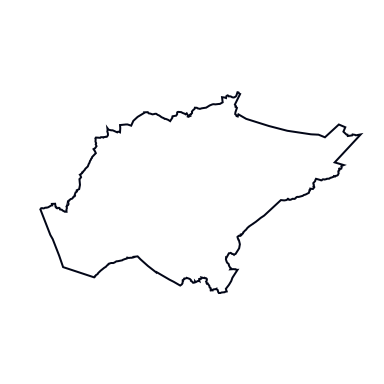 outline of Mazapil, Zacatecas, Mexico, rotated 113°
{"feature_id": "50627088B29003489227366", "entity_name": "Mazapil", "entity_type": "district", "adm_level": 2, "iso_a3": "MEX", "parent_name": "Mexico", "parent_adm1": "Zacatecas", "projection": "natural_earth1", "projection_center": [-101.902, 24.38], "detail": "fine", "context": "isolated", "style": "outline", "palette": "ink", "viewbox_px": 384, "rotation_deg": 113, "n_neighbors": 0, "source": "geoboundaries", "source_scale": "gbopen_adm2", "svg_char_len": 6000}
<svg xmlns="http://www.w3.org/2000/svg" viewBox="0 0 384 384"><g transform="rotate(113 192 192)"><path d="M245.9,119.7L246.3,120.5L246.5,120.5L246.1,120.9L246.1,121.9L246.4,122.2L246.5,122.9L246.8,123.7L248.2,126.5L247.0,126.3L246.7,127.4L245.2,129.3L244.3,129.8L243.8,130.4L243.5,131.7L242.7,132.8L240.7,134.5L239.1,135.0L239.2,134.6L234.0,134.1L233.6,133.3L232.9,132.6L233.1,131.4L233.4,130.8L233.1,129.8L233.4,128.8L233.0,128.7L232.0,127.7L225.4,126.6L221.4,127.5L218.0,130.0L217.8,130.8L217.2,131.1L216.2,132.2L215.4,132.6L213.9,131.7L213.6,131.1L213.7,130.6L213.2,130.2L212.8,130.4L212.5,129.9L211.9,130.4L210.9,129.2L209.9,128.9L209.2,129.1L208.2,128.6L207.1,128.3L205.8,127.6L202.9,126.8L202.3,126.3L201.7,126.2L194.5,121.6L188.9,118.6L185.6,116.4L164.7,107.0L163.7,103.8L162.7,102.2L161.6,101.2L161.3,101.2L161.3,100.7L160.8,100.7L161.1,99.1L160.5,98.1L158.9,96.7L158.4,95.1L157.7,94.4L157.3,94.2L156.9,94.3L155.7,93.6L155.1,92.7L154.9,91.9L152.3,88.6L151.1,87.9L150.0,86.5L147.1,84.1L145.7,84.3L144.7,84.1L144.6,84.5L144.0,84.6L143.4,84.1L142.7,84.4L142.0,81.9L140.6,81.5L139.8,82.1L139.6,81.5L139.2,81.7L138.8,82.2L137.4,82.9L137.2,83.4L136.4,83.8L133.8,82.9L132.9,83.1L131.4,83.0L130.8,78.6L130.9,78.3L130.6,77.2L129.4,76.7L128.9,75.8L128.7,74.8L127.5,73.2L127.1,73.0L126.1,70.9L124.8,70.1L124.2,69.2L122.7,67.8L122.8,67.8L122.7,67.6L121.9,67.6L121.8,66.3L121.1,66.0L120.2,64.9L119.5,64.4L117.5,64.3L116.3,65.2L115.5,65.4L114.7,64.8L113.1,65.7L112.9,65.6L113.1,65.0L112.7,64.2L112.1,63.7L111.5,63.9L111.0,63.8L110.0,64.6L109.5,64.4L107.9,62.8L109.0,72.2L73.1,59.2L75.8,63.3L75.7,64.2L76.3,66.7L77.3,66.7L79.6,70.5L78.5,71.3L78.8,72.2L77.3,76.2L72.5,76.2L72.5,83.2L89.7,91.0L89.8,97.9L92.4,105.0L98.4,128.2L101.2,147.0L103.5,170.7L102.4,179.6L103.6,179.6L104.6,179.4L104.7,180.5L104.3,180.6L103.4,182.7L101.5,183.2L97.0,183.5L96.6,185.2L95.9,185.0L94.8,186.7L83.0,186.0L82.9,187.1L82.2,188.1L82.4,189.1L86.2,188.8L87.1,189.1L88.5,190.2L88.8,190.8L89.1,192.0L88.9,193.3L89.0,194.1L89.2,194.8L89.6,195.4L89.1,196.6L89.2,197.1L90.3,197.8L92.2,197.4L92.3,199.0L93.0,201.4L97.5,198.8L100.1,200.8L100.2,201.2L102.2,204.7L102.7,206.4L103.4,207.5L105.4,209.5L108.8,211.9L111.2,215.8L112.4,217.2L112.6,218.6L112.8,219.0L112.6,220.5L113.3,222.3L114.2,222.1L114.9,222.3L116.5,223.1L118.0,223.5L119.2,222.8L119.7,222.9L120.7,223.4L120.9,223.3L121.0,223.7L123.0,224.7L123.1,223.7L124.2,224.7L124.2,225.4L123.0,225.4L122.8,226.2L121.7,227.6L123.0,228.3L122.8,229.1L122.9,231.6L122.7,233.1L123.6,235.9L124.1,236.6L124.7,236.7L126.2,236.1L127.9,236.4L129.9,239.5L130.9,239.4L131.3,239.1L135.3,239.8L134.9,242.2L135.0,244.9L135.4,245.8L135.0,247.0L135.1,248.1L135.0,249.4L134.4,251.9L134.4,253.8L134.0,255.4L134.4,256.5L135.2,257.5L136.0,258.8L136.1,260.8L136.5,262.7L135.8,263.9L137.3,267.0L137.6,266.7L144.1,271.4L149.4,273.8L154.7,273.9L155.0,277.6L155.6,279.1L158.5,284.4L161.2,283.0L165.2,281.6L165.2,283.2L165.8,284.1L166.3,284.2L166.2,288.6L166.4,289.8L166.8,290.4L167.1,292.4L167.2,293.2L166.2,294.9L167.9,293.9L169.4,293.6L170.8,292.4L172.4,291.6L174.1,291.8L174.8,292.5L174.9,293.1L175.2,293.3L175.6,294.1L176.2,294.6L176.2,294.9L176.5,294.9L176.7,296.3L177.3,297.4L178.0,297.7L179.4,301.7L180.4,301.9L180.9,301.4L183.4,300.5L184.5,299.3L185.7,299.3L187.1,297.8L189.5,298.3L191.0,299.4L192.3,297.4L193.8,295.7L198.8,297.6L199.8,297.4L200.7,297.8L201.9,297.7L203.2,298.0L205.1,297.8L206.4,298.0L209.2,297.9L212.4,299.3L213.3,299.3L215.5,300.1L216.3,300.2L216.8,300.4L216.8,300.7L217.4,300.8L217.7,300.6L219.9,301.9L220.1,301.4L221.7,299.9L224.0,300.4L224.2,300.6L229.2,297.9L233.4,297.0L234.3,297.7L235.3,298.7L235.5,298.8L235.8,298.5L235.9,298.2L236.2,298.1L237.0,298.3L237.8,299.0L240.7,298.8L241.1,298.4L241.3,298.5L241.3,298.3L241.8,298.3L243.0,299.3L244.4,299.5L245.1,299.9L246.0,301.0L246.8,301.3L247.5,301.8L248.0,301.7L248.6,302.0L248.9,302.5L249.6,302.4L250.3,301.8L250.5,301.9L250.5,301.4L251.3,301.0L251.9,300.9L252.7,301.1L253.3,301.5L254.1,301.6L253.9,301.8L254.6,301.8L254.9,301.3L255.9,300.8L257.2,300.7L259.2,299.8L259.6,301.5L259.8,301.5L259.6,303.9L259.2,304.9L259.6,306.7L258.6,307.6L258.5,308.1L258.7,308.6L259.5,309.4L259.7,309.9L259.7,310.4L259.1,311.5L258.8,311.3L258.4,312.1L256.3,313.4L257.7,316.3L258.9,315.5L259.1,316.0L259.4,316.3L262.1,318.3L262.7,318.9L263.4,320.2L263.5,320.2L263.9,321.1L264.8,321.8L265.3,322.7L265.4,323.7L265.9,324.5L266.8,324.6L267.2,324.8L286.9,305.6L289.8,301.8L302.5,289.4L311.5,281.3L308.8,248.7L308.1,248.3L307.5,248.5L307.1,248.1L306.2,248.0L304.4,246.8L303.3,246.7L300.2,245.4L296.1,243.2L294.4,242.0L293.0,241.6L291.4,240.7L291.2,240.8L290.9,240.5L290.5,240.5L288.9,238.6L288.2,236.8L287.0,235.6L286.1,235.1L285.3,234.4L284.6,233.1L282.1,229.5L281.4,229.1L279.8,227.4L279.4,226.8L279.0,226.5L278.7,226.0L277.7,226.0L277.5,224.6L276.4,222.6L276.2,222.0L275.1,220.4L274.2,219.4L274.1,219.7L272.5,216.9L274.1,213.1L277.3,203.7L280.1,193.2L279.6,193.2L281.5,178.3L281.8,173.8L282.7,166.5L282.7,166.3L281.2,165.4L280.5,165.2L279.7,165.1L278.4,165.5L277.7,165.4L277.3,165.9L276.8,166.1L275.6,165.2L275.3,165.1L275.3,165.3L274.8,165.4L274.5,165.1L274.2,164.3L273.5,163.5L273.1,163.4L272.9,160.1L273.4,158.7L274.2,158.3L274.5,156.9L274.4,156.6L275.1,155.7L274.9,155.0L273.9,153.8L273.1,154.2L273.3,153.8L273.1,153.0L271.8,152.0L271.6,151.5L271.1,151.3L271.0,151.0L271.1,150.4L270.6,150.8L270.0,150.8L269.3,151.4L268.9,151.0L268.8,150.3L268.3,149.7L267.7,149.4L267.0,150.0L266.6,147.7L266.3,147.0L266.3,146.6L266.1,146.6L266.2,146.1L266.0,145.9L265.9,145.2L266.1,144.6L266.7,144.1L268.2,143.8L269.0,144.0L269.3,143.5L270.1,143.0L270.0,142.2L270.6,142.1L270.4,141.4L271.5,139.5L273.0,138.4L273.2,137.3L274.1,136.6L274.9,136.6L275.3,136.3L274.6,135.1L274.5,134.6L273.9,134.7L273.0,133.8L272.5,132.7L271.6,131.8L271.9,131.7L272.1,130.2L274.1,128.5L274.5,127.8L274.2,127.2L273.8,126.3L273.0,125.6L271.5,122.8L270.8,122.4L270.0,121.2L267.9,123.0L263.0,121.7L258.6,121.1L255.1,121.3L245.9,119.7Z" fill="none" stroke="#020617" stroke-width="2"/></g></svg>